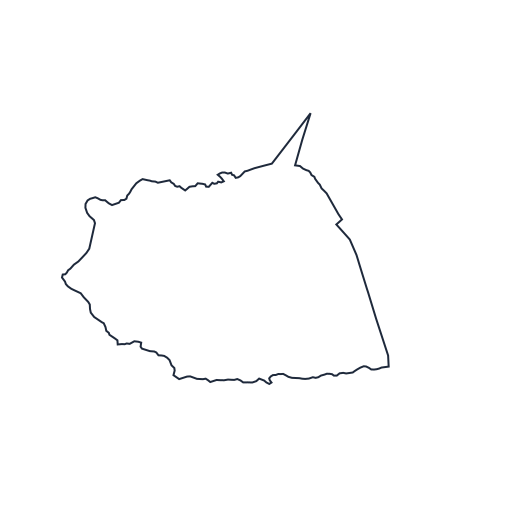 Viçosa do Ceará, Ceará, Brazil (Mercator projection), rotated 33°
{"feature_id": "56859067B42746778472785", "entity_name": "Viçosa do Ceará", "entity_type": "district", "adm_level": 2, "iso_a3": "BRA", "parent_name": "Brazil", "parent_adm1": "Ceará", "projection": "mercator", "projection_center": [-41.159, -3.503], "detail": "fine", "context": "isolated", "style": "outline", "palette": "slate", "viewbox_px": 512, "rotation_deg": 33, "n_neighbors": 0, "source": "geoboundaries", "source_scale": "gbopen_adm2", "svg_char_len": 2888}
<svg xmlns="http://www.w3.org/2000/svg" viewBox="0 0 512 512"><g transform="rotate(33 256 256)"><path d="M87.3,296.6L85.7,298.4L84.5,301.1L84.7,305.2L86.7,308.5L90.9,311.8L94.8,313.3L100.5,314.1L103.1,316.2L112.2,340.7L112.1,345.9L111.1,351.6L110.0,357.4L108.0,362.4L107.2,367.7L106.2,370.3L106.4,373.0L106.0,375.2L104.0,376.8L105.0,379.7L109.8,381.5L111.8,383.1L114.7,383.9L118.9,384.1L122.2,383.7L129.3,382.7L134.0,384.4L140.3,385.9L143.0,387.2L145.7,390.9L148.3,393.5L153.5,395.3L162.9,395.5L164.9,395.3L168.5,397.6L171.2,400.3L174.4,400.6L176.0,401.9L182.6,402.0L185.7,402.2L188.2,405.5L191.5,402.9L193.9,401.5L195.2,399.8L197.9,398.5L200.4,393.8L204.0,392.0L206.9,391.2L208.6,394.9L210.8,395.8L218.8,393.6L222.7,391.5L224.9,391.2L228.3,392.4L231.1,390.8L233.4,389.8L236.9,389.7L240.2,390.4L244.7,393.7L248.5,394.4L250.2,396.4L251.7,400.9L258.6,401.1L263.9,394.6L266.4,392.8L273.4,391.2L278.6,388.2L280.6,386.3L283.3,386.3L286.3,386.6L290.5,381.4L292.7,380.2L296.9,377.6L299.8,374.9L303.0,373.1L305.3,371.7L307.3,369.4L310.8,368.8L314.1,369.0L317.7,366.6L321.8,364.1L324.4,360.8L325.4,357.1L330.7,356.0L333.5,356.4L336.8,356.1L337.9,353.7L335.2,352.7L333.7,351.4L334.0,348.9L335.1,346.6L337.4,345.0L339.0,342.8L341.0,341.6L343.0,340.1L346.3,339.8L349.0,339.7L352.5,338.6L359.0,334.8L361.5,333.8L364.2,332.3L367.1,330.0L369.7,326.7L372.4,325.7L374.3,323.7L375.6,320.9L378.1,318.1L379.5,316.2L381.9,314.7L384.2,313.7L386.4,313.9L388.9,312.3L390.0,308.9L392.8,306.5L395.6,305.4L398.0,303.3L400.6,301.0L401.4,298.8L402.6,296.1L404.3,292.8L406.4,289.8L408.5,288.7L411.7,288.3L414.4,288.4L416.9,286.9L418.9,285.2L420.6,283.3L422.0,281.2L427.5,276.5L421.0,267.5L390.8,243.1L369.5,225.2L367.0,223.2L354.5,212.8L347.2,206.7L343.3,203.4L339.7,200.4L325.7,191.1L323.6,190.5L306.2,185.8L308.2,178.5L302.3,176.0L281.1,165.0L277.5,164.2L274.2,163.6L270.6,161.4L268.2,160.9L263.6,159.1L261.8,157.8L258.5,157.9L256.0,156.4L253.8,155.9L251.4,156.6L247.8,157.1L243.9,156.6L241.3,157.8L239.4,158.7L231.5,133.3L224.0,106.5L222.0,132.6L219.0,169.9L213.4,176.0L206.9,183.2L204.7,186.1L202.5,189.1L200.5,191.2L199.9,194.5L199.3,197.6L198.2,199.8L196.4,201.5L193.7,200.3L191.6,200.9L189.8,199.7L187.5,202.2L184.3,203.0L182.1,204.5L180.7,206.5L179.7,208.7L182.7,209.1L185.1,209.7L188.3,210.9L186.8,213.2L183.8,214.3L183.6,216.4L181.6,218.2L179.5,218.4L178.7,223.7L176.4,225.0L174.4,223.7L171.8,224.6L167.5,226.8L167.0,230.5L164.7,232.2L162.5,234.2L161.7,237.1L160.9,239.6L156.2,239.5L153.9,239.1L152.2,240.8L150.1,241.3L147.7,240.3L144.8,240.4L142.4,239.5L133.8,248.0L131.1,248.4L127.9,250.1L125.9,250.6L123.8,251.5L119.0,253.3L117.6,256.0L116.0,260.2L115.3,267.8L115.6,270.6L115.6,272.9L115.1,275.4L116.1,278.5L115.1,280.7L112.3,282.7L112.0,286.0L107.5,291.7L103.8,292.0L101.2,291.7L99.1,291.4L97.0,292.8L95.0,293.6L91.7,293.8L89.2,294.3L87.3,296.6Z" fill="none" stroke="#1e293b" stroke-width="2"/></g></svg>